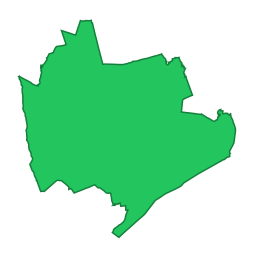 the district of San Matías Tlalancaleca, Puebla, Mexico, rotated 88°
{"feature_id": "50627088B22492462361378", "entity_name": "San Matías Tlalancaleca", "entity_type": "district", "adm_level": 2, "iso_a3": "MEX", "parent_name": "Mexico", "parent_adm1": "Puebla", "projection": "albers", "projection_center": [-98.505, 19.351], "detail": "fine", "context": "isolated", "style": "filled", "palette": "green", "viewbox_px": 256, "rotation_deg": 88, "n_neighbors": 0, "source": "geoboundaries", "source_scale": "gbopen_adm2", "svg_char_len": 5662}
<svg xmlns="http://www.w3.org/2000/svg" viewBox="0 0 256 256"><g transform="rotate(88 128 128)"><path d="M162.6,32.3L162.3,32.2L161.9,31.8L161.2,30.5L160.7,30.0L160.3,29.2L160.5,28.5L160.3,27.8L160.1,27.5L159.7,27.2L158.5,27.4L157.4,27.3L157.0,26.8L156.7,27.1L155.9,27.2L155.0,27.4L150.4,24.8L149.7,24.3L148.6,23.8L146.8,22.8L144.2,22.2L143.3,22.1L140.9,21.7L140.4,21.7L139.8,21.6L135.5,20.8L133.2,20.6L132.1,20.8L129.6,21.4L125.7,22.7L124.3,23.0L123.2,23.4L122.4,23.7L121.1,24.4L120.4,24.6L119.9,24.8L119.4,24.8L118.0,24.9L117.3,25.0L117.4,25.3L118.3,25.7L118.6,25.9L118.7,26.1L118.5,26.4L118.2,26.7L117.8,27.3L117.6,27.7L117.0,27.9L116.7,28.8L116.7,30.5L117.0,31.5L117.1,32.0L117.1,32.4L116.7,32.9L114.3,32.5L114.0,34.6L112.8,34.6L113.1,35.4L113.0,35.7L113.4,36.4L113.8,36.7L114.6,37.5L115.4,37.8L116.5,37.9L117.5,37.2L118.6,37.2L118.8,36.8L117.4,35.8L117.8,35.4L119.7,36.6L120.5,37.7L120.4,37.9L123.0,38.4L123.0,39.5L124.1,40.8L124.2,42.4L122.5,45.0L121.6,46.3L121.2,46.9L121.3,47.0L120.6,48.3L119.4,50.0L118.2,51.8L116.8,53.9L117.1,53.9L116.4,58.5L116.0,60.5L114.9,67.4L114.7,69.2L114.6,69.4L113.9,74.1L101.7,72.4L100.3,69.8L98.3,64.8L97.5,62.4L93.0,63.9L88.8,65.2L88.8,65.3L84.6,66.6L80.0,68.1L78.6,68.2L79.0,69.4L77.9,69.0L77.3,69.3L77.3,69.5L76.6,69.6L76.3,69.8L75.6,69.7L75.3,70.4L74.0,70.2L73.2,69.9L71.5,69.1L70.3,68.5L69.9,70.2L69.4,70.0L68.7,69.8L68.7,70.1L67.2,70.9L67.5,71.5L68.5,71.9L68.9,72.4L68.3,72.1L67.9,72.1L66.0,71.8L65.8,72.4L64.8,72.0L63.9,72.6L62.5,73.7L59.2,74.6L59.5,75.2L59.3,78.5L60.0,78.6L60.4,81.3L62.4,81.3L62.4,81.8L62.5,81.9L63.0,82.9L63.3,83.6L63.6,84.1L63.7,83.6L64.2,83.8L63.8,85.1L65.1,84.9L65.4,85.3L66.1,85.7L66.0,86.9L65.7,86.9L64.8,87.6L64.4,87.6L64.1,87.4L63.9,87.3L63.7,87.2L63.2,87.0L62.8,87.1L63.0,87.7L63.0,87.8L62.9,87.9L61.0,87.9L60.5,88.1L59.7,88.7L59.0,89.4L58.7,89.6L58.1,90.1L57.3,90.5L56.3,91.4L55.9,91.5L55.2,91.7L55.5,92.5L55.9,94.3L56.8,97.0L56.9,98.1L57.3,99.9L57.8,101.8L59.1,106.5L59.2,108.0L59.8,110.4L59.7,110.5L60.0,112.2L60.5,113.8L61.5,117.3L61.5,117.7L61.5,118.0L61.4,118.8L61.6,119.7L61.6,120.3L61.5,120.8L61.8,121.0L62.2,121.7L62.4,122.0L62.7,122.8L63.1,125.3L63.5,126.0L63.6,126.5L64.4,130.7L64.4,131.3L64.3,134.5L63.7,141.9L63.6,144.6L63.3,148.8L63.4,151.0L62.2,151.2L61.1,151.5L54.3,153.0L54.2,153.1L51.9,153.5L49.6,154.1L45.1,155.1L43.8,155.3L35.9,157.0L35.7,157.1L26.5,159.0L22.8,159.7L21.7,160.0L21.6,160.6L19.1,161.0L19.5,163.1L19.2,165.8L19.2,167.1L19.7,167.5L19.3,171.2L19.0,171.8L33.3,177.1L32.4,179.9L31.9,181.0L28.3,191.1L31.2,190.2L33.4,189.6L35.7,188.9L37.9,188.3L41.2,187.3L42.5,187.1L42.6,187.3L43.5,190.9L43.7,193.2L44.1,196.7L45.6,197.9L47.8,199.0L48.1,199.3L49.2,199.7L50.5,200.4L50.2,200.9L50.7,202.1L51.1,204.2L54.8,206.2L55.2,207.0L56.7,206.5L58.5,207.8L59.2,208.2L60.7,209.3L62.2,211.1L63.6,211.0L64.6,212.0L61.6,212.8L64.7,213.1L65.8,213.0L66.5,212.6L67.7,212.5L67.7,212.9L69.8,212.4L71.6,213.1L74.0,213.6L74.6,213.5L75.7,214.3L77.8,214.8L79.1,214.3L80.3,214.5L80.7,215.4L81.5,215.6L81.9,216.9L82.7,216.6L82.6,217.0L82.1,219.3L80.5,222.3L79.4,223.2L77.1,227.1L75.9,229.3L73.4,233.6L72.4,234.8L72.8,235.0L72.9,235.4L73.4,235.0L75.3,234.9L75.9,234.2L76.9,233.9L78.2,233.6L79.2,233.1L79.7,233.1L80.6,233.2L81.0,233.2L81.6,233.0L81.7,232.8L82.2,232.5L82.4,232.2L82.9,232.0L83.9,232.1L85.3,232.5L85.9,232.5L87.4,232.4L89.6,232.4L91.2,232.0L95.0,232.1L95.5,232.0L96.2,232.0L96.9,232.2L98.8,232.2L101.6,231.9L102.8,232.0L104.4,232.2L104.7,232.5L105.2,232.2L106.9,231.8L110.3,230.2L112.3,230.3L115.2,229.3L115.4,229.5L116.3,229.6L117.4,229.3L122.9,228.6L123.9,228.9L125.0,229.1L125.6,229.4L126.1,229.8L127.2,229.9L128.3,229.7L128.9,229.5L130.3,229.5L133.9,229.3L136.8,229.7L138.0,228.6L139.8,228.2L140.8,227.7L142.4,227.9L145.7,227.6L146.6,227.3L147.1,227.1L147.7,226.6L148.3,226.3L149.2,226.2L149.5,226.0L149.7,225.9L150.0,225.8L150.5,225.6L151.3,225.6L151.9,225.8L152.3,225.8L152.9,225.5L154.2,224.7L154.7,224.5L155.4,224.5L156.3,224.6L156.7,224.7L159.0,226.1L160.3,227.0L160.8,227.3L161.2,227.2L161.9,227.0L162.2,226.8L162.6,226.8L162.6,226.7L163.8,226.4L165.9,225.7L166.9,225.3L167.7,225.0L168.3,224.1L170.4,223.4L171.7,223.2L172.6,223.1L173.8,222.5L175.1,221.7L176.9,221.4L177.4,221.4L177.4,220.6L178.8,220.5L179.5,220.3L188.3,217.5L188.2,217.3L188.4,213.8L179.9,203.5L178.1,201.2L177.8,200.3L177.9,199.4L178.1,198.5L178.3,196.3L180.7,193.6L181.0,193.2L182.5,191.6L183.5,190.5L185.0,189.1L187.3,189.3L186.6,187.4L187.5,186.3L191.1,184.1L189.7,180.3L188.6,177.0L187.5,174.1L186.7,171.9L186.2,170.1L184.9,166.7L183.5,163.4L186.7,160.1L186.8,159.4L186.7,158.7L186.8,158.3L186.9,158.0L187.2,157.6L187.6,157.3L188.4,156.3L189.5,154.6L192.1,152.0L192.5,150.3L192.4,148.1L192.5,147.8L193.3,147.3L194.1,147.5L194.7,147.3L196.4,147.0L198.3,146.9L199.3,146.8L200.6,146.6L201.2,146.4L202.2,145.9L203.9,145.6L203.4,144.1L203.5,143.8L204.0,143.9L204.8,145.3L204.8,144.0L204.6,143.5L204.4,143.1L203.1,141.4L203.8,140.6L202.6,138.6L202.8,138.5L203.7,138.3L206.0,137.9L205.6,133.1L207.8,133.1L208.8,133.1L210.0,133.1L209.8,131.0L210.8,131.3L211.2,131.8L211.7,131.8L212.3,132.0L213.3,132.5L214.5,133.0L215.6,133.2L216.0,133.5L216.4,133.4L216.9,133.7L217.4,133.7L219.1,134.3L221.0,135.3L222.0,136.2L223.3,137.9L224.0,138.7L224.7,140.3L226.1,142.0L227.2,143.7L228.3,145.3L229.3,146.0L230.3,146.3L230.9,146.4L231.4,146.8L231.8,147.3L232.1,147.1L237.0,140.9L236.0,139.8L234.7,138.4L230.2,133.1L226.9,129.0L220.3,121.2L217.5,117.6L214.9,114.5L201.3,103.2L198.1,97.7L197.3,96.6L195.9,94.4L194.4,91.6L193.9,90.3L191.4,84.5L190.1,81.6L188.3,77.9L187.2,76.3L186.1,75.4L185.0,74.3L184.6,73.8L176.3,59.5L163.0,33.8L162.9,32.8L162.6,32.3Z" fill="#22c55e" stroke="#15803d" stroke-width="1.5"/></g></svg>